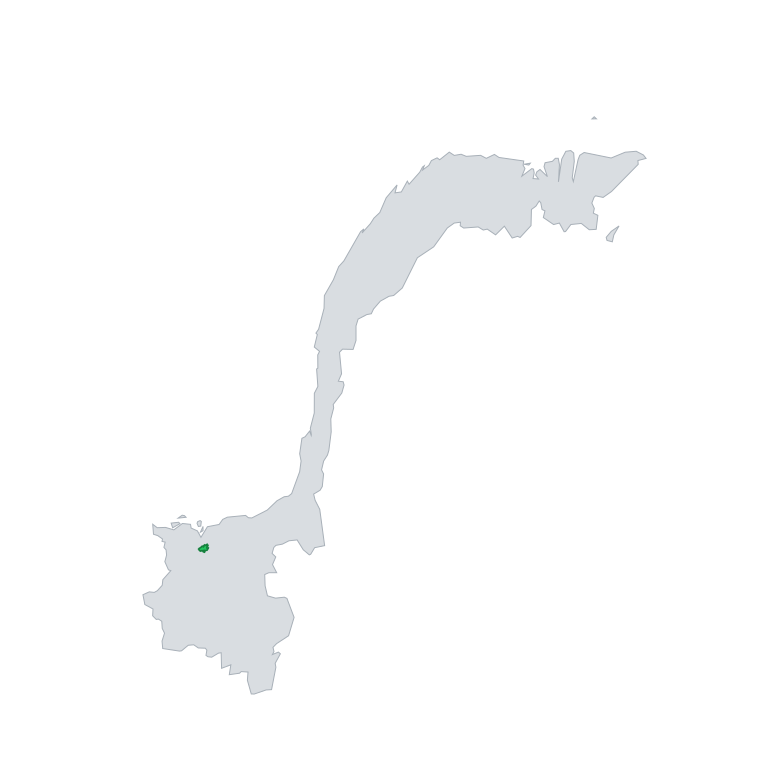 location of Chi Linh, Hải Dương, Vietnam, rotated 223°
{"feature_id": "81297802B28152038240632", "entity_name": "Chi Linh", "entity_type": "district", "adm_level": 2, "iso_a3": "VNM", "parent_name": "Vietnam", "parent_adm1": "Hải Dương", "projection": "equal_earth", "projection_center": [106.421, 21.128], "detail": "fine", "context": "in_parent", "style": "filled", "palette": "green", "viewbox_px": 768, "rotation_deg": 223, "n_neighbors": 0, "source": "geoboundaries", "source_scale": "gbopen_adm2", "svg_char_len": 5817}
<svg xmlns="http://www.w3.org/2000/svg" viewBox="0 0 768 768"><g transform="rotate(223 384 384)"><path d="M457.5,123.7L451.9,124.2L446.0,130.1L438.2,134.0L436.3,144.5L429.8,149.4L426.8,147.1L420.3,149.3L413.3,147.0L415.8,159.2L408.8,168.8L409.6,175.0L407.7,179.8L395.6,193.5L392.0,193.7L389.3,195.9L383.4,212.2L382.6,225.8L380.1,233.5L377.4,236.7L376.8,240.9L385.9,262.4L392.1,271.1L398.1,275.5L407.0,288.3L405.7,291.6L406.3,298.8L402.1,296.7L402.6,297.5L407.7,301.4L415.2,315.2L428.6,329.7L430.7,337.1L443.5,349.0L443.2,350.5L452.3,360.1L453.4,363.9L460.2,363.5L466.5,374.7L468.5,374.8L469.2,379.5L479.4,398.4L487.9,408.0L492.1,425.7L497.2,439.0L497.3,446.7L505.0,479.4L504.5,483.7L503.0,479.5L503.3,491.9L504.5,498.5L504.0,506.5L509.4,521.7L510.2,538.5L506.3,531.3L502.3,536.3L505.3,548.3L501.9,547.2L502.3,563.3L503.8,568.9L503.4,571.1L501.7,566.8L500.3,574.4L501.7,579.7L499.4,585.6L496.2,586.0L494.4,598.1L488.5,599.1L484.3,604.6L479.1,606.6L469.3,617.1L463.1,618.8L459.8,627.2L454.4,628.1L433.9,642.4L431.5,638.9L427.8,637.7L424.9,630.0L422.8,642.3L421.2,643.1L418.1,640.8L415.1,635.9L410.8,639.3L415.6,640.2L416.9,643.5L416.2,647.3L405.9,647.1L415.2,652.1L417.1,655.7L412.7,661.7L412.6,665.9L410.5,667.9L405.3,664.1L394.3,650.8L407.4,669.7L409.7,678.2L406.6,682.1L402.8,682.3L396.7,676.6L386.9,663.1L383.6,661.2L395.1,680.5L396.8,684.8L395.5,689.8L372.0,704.2L365.7,718.0L358.3,726.2L350.5,728.4L346.2,727.7L350.7,720.6L347.9,718.0L348.9,679.9L351.0,669.9L357.6,665.9L357.7,663.8L355.4,658.1L349.9,655.8L347.4,651.7L342.6,653.2L334.3,641.8L339.1,636.8L349.2,636.0L356.1,628.1L355.2,619.3L356.1,618.2L365.5,621.3L368.7,616.3L381.0,614.4L384.4,620.4L387.4,619.4L393.0,623.5L395.3,623.7L394.2,617.7L395.2,612.2L384.5,600.1L384.4,584.0L387.0,583.1L389.8,578.2L403.6,581.5L404.1,569.2L414.1,567.7L416.4,564.3L422.2,563.1L432.1,552.4L436.2,551.7L438.4,554.5L442.4,549.6L444.1,541.3L441.2,518.2L445.7,499.1L436.1,466.7L437.3,455.3L440.2,451.5L443.2,442.1L442.8,431.7L441.2,426.7L443.9,423.1L447.2,413.8L444.1,407.4L434.2,396.8L430.2,388.2L438.1,381.2L438.2,376.9L422.0,362.5L419.3,354.9L415.4,357.8L412.5,356.0L408.7,348.6L407.2,334.4L404.5,332.2L399.1,322.2L390.0,313.0L379.1,297.9L376.9,293.5L375.6,286.5L371.1,278.6L366.8,277.0L359.2,266.9L358.3,262.7L360.4,255.5L355.1,252.0L345.5,248.5L317.2,225.3L323.1,217.0L321.5,209.5L322.1,208.1L330.0,207.7L341.2,210.7L346.6,204.5L349.1,197.6L353.0,192.3L353.1,189.3L350.3,183.8L345.2,183.7L342.4,175.9L333.8,172.8L339.5,167.5L341.3,163.3L333.3,155.3L324.8,149.6L317.3,153.4L311.5,160.1L308.8,161.0L290.6,152.0L282.1,134.8L285.5,120.9L285.6,115.7L282.0,113.3L281.1,110.0L278.4,115.9L275.8,116.0L273.1,105.5L269.9,103.1L257.8,83.8L261.6,79.8L267.5,68.7L269.7,66.8L281.9,74.2L287.0,80.6L292.3,76.3L292.4,74.0L298.9,65.9L304.5,74.2L308.9,65.3L319.8,76.4L321.5,74.3L323.7,66.7L326.7,64.5L329.1,64.1L332.0,68.5L334.5,68.9L339.8,64.3L345.3,63.5L349.0,59.4L350.1,50.8L351.4,49.2L365.4,39.6L371.0,44.6L374.6,52.1L379.5,54.0L384.7,58.9L388.7,58.2L390.0,56.5L395.1,56.7L399.5,61.9L408.5,59.6L416.6,65.5L413.9,71.9L409.9,74.9L408.8,78.2L408.9,85.5L412.3,90.1L412.6,102.1L414.9,101.1L423.1,104.6L426.3,110.6L430.3,114.1L433.5,114.4L436.2,119.1L439.0,117.5L440.3,119.6L446.1,118.8L450.1,116.9L457.5,123.7ZM321.5,642.8L321.9,650.6L319.9,659.9L317.6,649.8L314.0,643.7L318.8,641.1L321.5,642.8ZM444.8,137.1L439.9,142.8L438.0,142.7L440.5,134.7L444.8,137.1ZM425.3,158.7L423.9,158.9L421.1,155.1L422.6,153.2L425.7,154.6L426.4,156.3L425.3,158.7ZM442.1,150.4L440.2,151.6L437.9,151.5L443.1,145.5L442.1,150.4ZM417.2,150.4L419.2,156.4L416.3,153.3L417.2,150.4ZM431.5,640.2L427.6,645.3L427.4,642.9L431.5,640.2ZM412.5,722.8L409.5,722.8L412.7,719.7L412.5,722.8Z" fill="#d9dde1" stroke="#a8b0b8" stroke-width="1"/><path d="M407.1,136.7L406.9,136.6L406.7,136.4L406.7,136.2L406.6,136.4L406.6,136.5L406.4,136.5L406.2,136.5L405.9,136.6L405.7,136.5L405.6,136.4L405.4,136.4L405.2,136.4L405.1,136.5L404.9,136.5L404.7,136.4L404.4,136.5L404.4,136.8L404.2,136.8L404.2,137.1L404.1,137.5L403.9,137.6L403.7,137.6L403.6,137.8L403.6,137.7L403.4,137.7L403.4,137.8L403.2,138.0L402.9,138.0L402.7,138.1L402.7,138.3L402.7,138.5L402.6,138.8L402.5,138.7L402.5,138.8L402.4,138.8L402.4,139.0L402.5,139.0L402.4,139.1L402.2,139.1L401.9,139.1L401.7,139.1L401.8,139.2L401.8,139.3L401.6,139.1L401.4,139.1L401.3,138.9L401.3,138.7L401.2,138.7L401.0,138.3L401.1,138.2L400.9,138.2L400.7,138.2L400.6,138.3L400.5,138.5L400.5,138.8L400.6,139.1L400.8,139.4L400.8,139.5L400.9,139.8L401.0,139.9L401.0,140.0L401.0,140.3L400.9,140.6L400.8,140.8L400.7,141.0L400.4,141.2L400.2,141.4L400.1,141.5L400.1,141.8L400.0,142.0L400.1,142.4L400.2,142.6L400.3,143.0L400.3,143.4L400.3,143.5L400.5,144.1L400.6,144.4L400.8,144.4L400.8,144.1L400.9,143.8L401.0,143.7L401.0,143.3L401.0,143.2L401.3,143.1L401.5,143.1L401.8,143.2L401.9,143.4L402.1,143.5L402.3,143.9L402.4,144.1L402.5,144.4L402.4,144.6L402.4,145.0L402.4,145.4L402.4,145.6L402.5,145.7L402.5,145.8L402.7,146.0L402.8,146.1L403.0,146.1L403.4,146.0L403.5,145.9L403.7,146.0L404.0,146.1L403.9,145.6L403.8,145.4L403.9,145.1L404.0,145.1L403.9,144.9L404.0,144.9L404.3,144.9L404.5,144.8L404.6,144.7L404.5,144.4L404.6,144.2L404.8,144.1L405.1,144.1L405.3,144.0L405.5,144.0L405.5,143.9L405.3,143.8L405.2,143.8L405.2,143.6L405.0,143.4L405.1,143.2L405.2,142.9L405.3,142.8L405.4,142.7L405.2,142.5L405.1,142.4L405.0,142.2L405.1,141.9L405.0,141.7L405.3,141.6L405.5,141.6L405.7,141.8L405.7,141.7L405.8,141.7L406.0,141.6L406.2,141.4L406.3,141.4L406.3,141.2L406.5,141.2L406.4,141.2L406.5,141.1L406.4,140.8L406.5,140.8L406.5,140.7L406.5,140.4L406.4,140.4L406.4,140.2L406.4,139.9L406.5,139.9L406.5,139.7L406.7,139.4L406.7,139.2L406.7,138.9L406.7,138.7L406.8,138.7L406.9,138.2L406.9,137.9L407.1,137.8L407.1,137.7L407.0,137.4L407.0,137.2L407.1,136.9L407.1,136.7Z" fill="#22c55e" stroke="#15803d" stroke-width="1.5"/></g></svg>